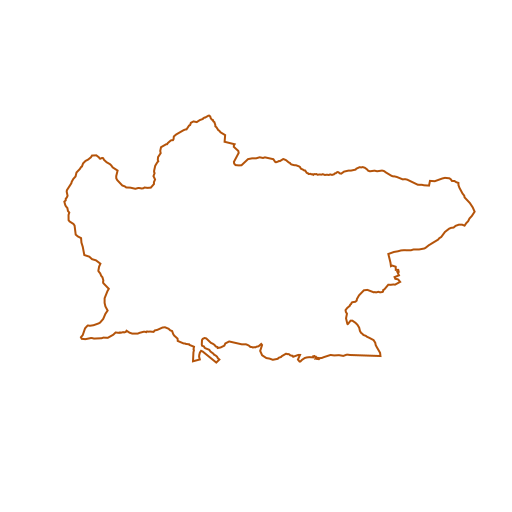 Sighisoara, Mures, Romania, rotated 285°
{"feature_id": "2599482B28602664470225", "entity_name": "Sighisoara", "entity_type": "district", "adm_level": 2, "iso_a3": "ROU", "parent_name": "Romania", "parent_adm1": "Mures", "projection": "orthographic", "projection_center": [24.78, 46.228], "detail": "fine", "context": "isolated", "style": "outline", "palette": "amber", "viewbox_px": 512, "rotation_deg": 285, "n_neighbors": 0, "source": "geoboundaries", "source_scale": "gbopen_adm2", "svg_char_len": 6117}
<svg xmlns="http://www.w3.org/2000/svg" viewBox="0 0 512 512"><g transform="rotate(285 256 256)"><path d="M191.6,402.1L194.6,400.9L199.3,396.2L200.9,394.7L203.1,393.6L205.2,391.3L206.3,386.5L206.7,384.1L207.3,382.7L207.5,380.2L208.3,379.0L209.0,377.3L210.5,375.8L213.5,374.2L215.8,371.8L217.2,369.4L218.5,365.8L218.0,364.1L214.1,362.4L213.9,362.2L214.1,361.8L219.1,359.1L223.8,358.8L225.2,357.3L226.9,356.5L229.3,357.5L232.2,359.5L233.4,359.6L234.1,360.2L235.9,360.6L236.4,361.3L237.5,363.8L239.0,364.8L240.5,364.6L244.7,365.7L250.8,369.1L252.1,372.4L251.4,379.2L251.9,380.1L251.9,381.4L253.1,383.5L253.0,385.3L254.0,387.5L254.5,387.9L256.1,387.7L256.9,388.6L262.5,391.2L263.0,393.5L264.1,396.2L264.3,397.7L268.3,401.9L270.0,399.6L270.2,398.6L270.0,396.5L271.5,395.3L274.3,399.1L277.2,396.7L277.7,397.9L279.4,397.0L278.8,394.6L281.8,393.7L282.0,390.1L281.1,389.0L284.4,387.6L292.2,383.3L295.6,388.2L297.3,391.9L298.9,394.6L299.8,397.1L301.6,404.1L303.1,406.5L304.6,412.0L306.8,416.6L307.7,417.6L311.2,420.2L319.0,427.7L320.6,428.4L322.3,430.0L328.2,432.3L332.4,435.5L333.7,437.2L334.6,439.5L336.8,441.0L338.8,443.9L339.6,447.0L339.3,449.6L342.2,450.6L344.5,451.9L347.5,452.5L350.5,454.1L355.4,455.7L359.0,452.8L362.5,448.9L366.6,442.3L368.2,441.5L369.8,439.3L374.6,434.8L376.9,433.2L379.0,432.6L379.1,430.4L379.8,428.3L379.2,425.8L380.5,424.3L381.1,422.7L380.4,418.3L379.1,415.9L374.5,409.3L373.6,404.6L368.8,404.9L367.8,400.0L367.7,397.7L366.7,393.9L368.9,382.3L368.8,380.1L368.0,377.9L368.8,371.5L368.7,368.7L368.4,368.0L368.5,366.2L370.4,359.6L371.1,358.0L371.2,356.4L371.1,355.5L369.2,351.1L369.1,348.4L367.3,344.1L367.4,342.3L368.4,340.8L369.4,338.3L369.5,336.0L368.8,334.8L368.6,333.1L366.3,330.3L365.2,329.8L363.0,325.5L362.4,323.2L360.3,319.2L357.6,317.0L357.5,315.4L358.0,314.6L358.3,313.3L357.7,312.4L356.6,311.7L356.1,310.7L355.1,310.2L354.0,308.4L354.0,306.5L353.1,305.4L352.9,303.5L352.1,301.6L352.3,299.3L351.6,298.4L351.2,296.3L350.4,294.4L350.8,293.2L350.3,292.0L350.2,291.0L349.2,290.3L349.6,289.4L349.2,288.3L349.5,287.5L348.8,285.6L349.4,284.7L349.3,284.3L349.5,283.4L351.3,281.4L351.1,280.4L351.5,279.4L352.0,276.7L353.3,275.5L353.7,274.3L354.0,271.2L353.6,269.3L353.6,266.5L353.9,265.6L354.7,264.6L354.8,263.5L356.3,260.3L356.6,258.6L356.7,257.2L353.8,254.5L353.7,253.6L352.8,252.7L351.7,251.0L351.9,250.1L354.0,247.7L353.6,239.1L352.5,237.4L352.3,234.0L350.3,230.7L349.4,227.1L347.5,223.2L339.9,218.5L339.1,216.1L338.5,212.7L339.6,211.0L341.2,210.3L351.1,212.6L352.9,211.7L355.7,206.3L357.1,206.0L358.4,206.4L358.2,196.1L364.8,194.9L366.3,189.7L367.5,188.1L367.8,187.0L370.1,184.5L370.7,183.2L372.0,182.8L374.6,181.1L375.0,179.9L376.1,179.3L376.3,178.0L377.5,176.5L378.9,175.7L379.5,174.5L379.2,173.7L376.5,171.0L376.4,170.4L375.2,169.3L374.6,169.2L372.8,166.6L370.0,164.1L369.8,160.8L367.8,158.6L365.5,158.5L364.7,157.6L360.3,156.1L360.1,155.3L358.8,153.5L352.7,147.4L350.2,145.7L347.5,146.1L346.4,145.8L345.9,144.3L345.4,143.7L342.3,141.6L341.0,141.2L340.7,140.3L336.5,136.1L332.7,136.3L330.7,137.3L326.2,135.8L323.3,136.3L322.2,137.1L320.9,136.4L317.1,135.3L312.2,135.5L310.8,135.8L309.8,136.6L306.6,136.3L303.8,138.7L300.9,138.3L299.1,138.8L294.8,136.7L293.7,133.5L293.3,130.6L292.3,129.7L291.6,128.1L291.5,126.0L291.2,124.6L289.7,122.1L289.5,116.9L288.6,112.9L289.3,111.2L289.5,108.6L293.4,102.3L294.9,100.9L297.0,100.3L302.7,100.2L304.5,94.6L306.0,92.8L306.9,91.2L307.9,87.4L309.6,84.2L310.9,83.1L310.9,82.0L309.6,80.3L309.7,79.8L310.6,78.8L311.9,75.7L310.6,71.6L308.6,71.0L305.6,68.8L303.7,66.7L300.7,65.0L297.4,64.7L296.6,64.0L294.4,63.3L290.2,61.0L286.1,61.1L283.2,59.6L280.1,58.8L278.4,58.8L270.6,56.3L269.1,56.5L265.4,58.4L263.5,58.1L262.1,57.4L260.5,57.8L258.9,56.8L256.1,58.4L254.9,59.4L253.5,61.4L250.8,62.7L249.6,64.4L247.1,64.3L242.1,65.7L241.1,67.0L239.7,71.4L238.4,72.9L230.0,76.3L228.8,78.8L228.0,82.4L223.8,83.9L220.0,86.3L212.5,89.9L212.2,95.2L210.5,98.4L210.4,102.5L208.3,107.7L205.2,107.2L201.2,107.5L200.5,107.8L198.9,110.0L196.8,111.6L195.7,113.2L192.8,114.9L191.3,115.0L190.3,115.5L186.2,122.3L183.6,121.6L176.0,120.7L171.5,121.9L168.3,123.6L164.9,126.8L161.2,125.5L155.6,124.7L151.3,122.6L150.2,121.5L147.1,117.0L145.6,113.6L145.4,111.6L144.6,111.0L141.9,109.6L134.7,109.1L132.2,107.9L130.9,109.1L131.5,112.7L134.1,117.9L134.3,119.2L134.3,120.9L136.6,128.1L137.7,129.8L138.6,134.0L143.0,138.5L145.8,140.2L146.2,143.1L146.7,143.8L146.5,144.4L147.0,144.7L147.0,145.5L148.1,147.4L148.0,148.3L149.0,149.9L150.3,150.3L149.2,153.7L149.0,156.6L150.4,161.8L151.7,163.5L153.8,167.2L154.1,168.4L154.0,169.7L154.9,170.2L155.0,171.5L155.6,173.2L156.2,176.7L157.9,177.5L159.1,179.8L162.7,184.2L163.6,186.5L163.1,190.4L162.0,192.4L161.8,194.4L159.2,196.2L158.0,197.5L155.9,201.6L153.7,202.4L152.8,208.6L153.1,210.3L152.9,211.0L153.4,214.3L152.9,214.7L152.3,219.6L149.7,219.8L149.0,220.4L146.7,220.5L138.0,222.4L141.5,228.5L144.0,227.1L145.8,226.8L148.2,226.8L150.2,227.5L149.9,229.3L142.8,245.2L146.5,247.4L147.5,245.5L148.7,244.4L149.5,242.6L149.9,240.8L150.6,240.2L151.9,236.8L153.3,235.1L153.8,230.9L154.1,230.1L155.1,229.2L155.4,227.1L156.6,226.5L160.8,225.6L162.2,226.0L163.5,227.6L163.5,229.3L160.4,235.0L160.1,236.9L159.4,238.9L158.2,240.5L158.1,242.3L157.2,242.8L158.5,245.5L161.2,248.6L163.6,249.0L166.5,252.2L167.0,265.2L168.1,269.1L167.9,271.0L167.4,272.9L166.7,274.0L167.0,275.6L166.8,276.7L167.4,277.7L167.6,279.0L168.6,280.1L169.4,281.8L172.4,283.8L171.6,284.9L165.4,284.6L161.7,287.6L160.1,292.4L160.4,295.6L160.1,299.1L162.3,303.6L163.5,304.2L165.0,306.4L165.9,306.8L169.4,310.3L169.3,311.7L169.6,312.3L169.6,313.6L169.0,314.6L168.9,316.5L169.1,317.1L168.3,318.0L171.4,322.5L171.8,324.1L166.8,323.3L165.3,325.4L165.6,326.2L167.6,327.3L170.1,329.5L171.2,331.4L172.1,333.7L172.9,337.6L173.9,337.2L174.5,338.3L174.1,338.8L174.2,339.9L173.6,340.1L173.5,340.6L172.4,340.3L172.7,341.0L173.5,341.1L173.7,342.9L173.7,343.3L173.3,343.1L172.5,341.1L172.3,341.5L172.7,342.9L172.6,343.4L174.0,344.3L174.5,345.9L175.8,347.6L179.7,353.6L180.2,357.3L181.7,361.8L182.1,366.2L184.0,368.9L184.4,369.9L184.7,372.4L191.6,402.1Z" fill="none" stroke="#b45309" stroke-width="2"/></g></svg>